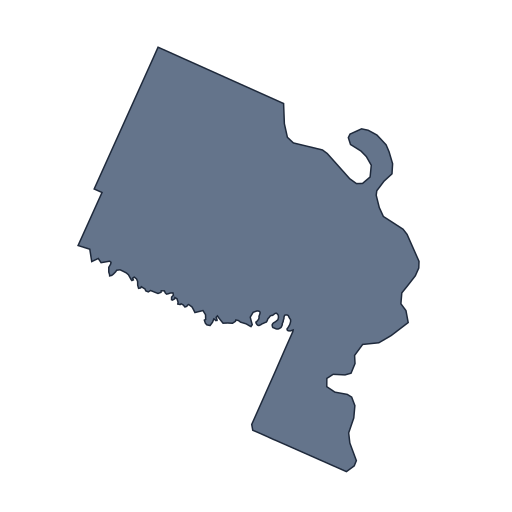 Lyman, South Dakota, United States of America (orthographic projection), rotated 24°
{"feature_id": "52423323B78517119987151", "entity_name": "Lyman", "entity_type": "district", "adm_level": 2, "iso_a3": "USA", "parent_name": "United States of America", "parent_adm1": "South Dakota", "projection": "orthographic", "projection_center": [-99.765, 43.859], "detail": "fine", "context": "isolated", "style": "filled", "palette": "slate", "viewbox_px": 512, "rotation_deg": 24, "n_neighbors": 0, "source": "geoboundaries", "source_scale": "gbopen_adm2", "svg_char_len": 3725}
<svg xmlns="http://www.w3.org/2000/svg" viewBox="0 0 512 512"><g transform="rotate(24 256 256)"><path d="M307.3,95.5L300.7,96.9L292.3,106.4L292.2,110.3L297.0,115.7L309.1,117.4L316.4,120.3L324.4,126.2L328.1,137.4L323.8,146.4L318.3,149.0L310.2,147.3L279.4,133.4L273.6,132.1L244.1,137.5L236.4,134.8L228.1,123.6L219.2,105.5L81.6,105.1L81.6,116.7L80.9,260.6L89.5,260.6L89.2,318.8L101.4,317.4L108.2,327.9L112.9,322.4L117.2,325.1L124.2,320.4L124.5,320.3L126.1,320.7L126.5,322.4L126.1,326.2L128.0,330.5L129.9,332.7L130.4,333.7L132.1,332.4L133.1,330.5L134.2,327.5L134.5,325.7L137.4,323.9L141.0,324.0L144.4,324.2L147.1,325.0L151.6,328.4L152.6,328.9L153.7,327.7L152.9,327.0L152.3,326.5L153.3,324.8L156.1,325.5L158.2,327.4L159.8,330.8L161.9,333.3L163.6,332.1L163.7,330.7L168.0,331.3L169.5,332.7L172.2,332.6L173.7,330.4L179.4,330.2L181.7,330.1L184.0,327.8L183.6,326.3L186.5,325.1L188.1,326.6L189.8,327.2L191.3,326.1L192.9,324.6L195.1,323.5L196.5,325.4L195.6,327.9L196.6,330.3L197.6,330.3L199.1,328.3L198.8,326.9L201.2,327.2L203.6,329.9L204.1,331.7L206.5,331.2L207.0,330.1L209.4,330.3L211.8,331.5L213.2,330.2L213.4,329.1L214.0,327.8L214.8,327.8L218.3,328.6L220.8,330.5L223.2,332.5L225.9,330.4L227.2,329.4L229.7,327.4L233.8,330.2L235.8,334.4L234.9,335.6L237.1,338.0L239.1,338.9L242.3,338.2L243.2,334.3L243.1,330.6L244.2,330.7L245.4,331.4L246.6,330.7L246.1,329.8L244.5,328.2L245.1,326.4L247.4,327.8L253.2,330.8L257.4,328.7L261.9,327.0L263.8,324.0L263.6,322.6L266.2,322.1L268.8,322.7L274.7,322.0L279.0,322.5L279.6,322.3L280.1,322.5L280.5,320.3L277.3,316.4L275.6,314.2L276.3,308.6L279.1,305.9L280.2,305.4L281.5,305.2L282.3,305.5L282.8,306.1L283.0,306.8L283.2,308.8L283.2,309.2L283.3,310.0L283.6,310.7L284.0,311.2L284.0,311.8L284.1,312.9L283.8,313.9L283.6,314.7L283.3,315.7L282.8,316.4L283.2,317.1L283.7,317.5L284.3,317.9L284.8,318.2L285.5,318.5L286.5,318.5L287.2,318.1L287.6,317.6L288.3,316.9L288.8,315.9L290.1,314.5L291.5,312.9L292.2,312.3L292.4,311.8L292.5,310.8L292.5,309.9L292.4,308.8L292.5,308.0L292.8,307.4L293.0,306.8L293.1,306.1L293.4,305.0L293.9,304.4L294.4,303.9L295.0,303.7L295.4,303.3L295.9,302.4L296.3,301.5L296.8,300.7L297.7,300.0L298.4,300.0L299.2,300.4L300.1,300.8L300.7,301.5L301.1,302.2L301.5,302.9L301.6,303.7L301.8,304.4L301.9,305.2L301.7,305.8L301.4,306.4L301.0,307.2L300.7,307.8L300.5,308.2L300.1,308.7L299.8,309.2L299.2,310.0L298.9,310.8L298.7,312.0L299.2,313.2L299.7,313.7L300.1,314.2L300.6,314.5L301.7,314.4L304.1,314.4L305.1,314.1L305.7,313.7L306.3,313.4L306.7,312.8L307.2,312.2L307.7,311.5L308.0,310.7L308.0,309.5L308.0,308.1L307.5,307.3L307.5,305.4L307.4,304.5L307.2,303.9L307.0,303.0L307.0,302.0L306.7,301.2L306.5,300.6L306.3,299.6L306.3,298.6L306.7,298.0L307.4,297.7L308.1,297.3L309.1,297.2L309.8,297.4L311.3,298.7L312.3,299.4L313.4,300.0L314.2,301.5L314.5,303.1L314.6,303.8L314.7,304.7L314.7,306.0L314.5,306.7L314.5,307.9L314.4,308.3L314.2,309.2L314.0,310.1L314.5,310.7L314.9,311.1L315.9,311.2L316.7,310.9L317.6,310.6L318.2,310.2L318.9,309.5L319.6,308.8L319.8,308.7L320.0,308.5L320.4,310.2L320.4,327.5L320.5,342.6L320.6,355.5L320.6,368.9L320.6,380.8L320.6,384.8L320.6,396.9L320.6,404.1L320.6,411.6L323.9,416.5L329.5,416.4L337.9,416.4L346.4,416.5L349.5,416.4L426.3,416.2L431.1,407.8L430.9,402.1L417.8,388.7L412.6,379.9L411.2,364.2L407.2,352.5L400.8,346.0L395.7,345.3L383.4,348.3L373.8,346.6L370.5,339.0L374.6,332.7L385.7,328.4L390.5,324.4L390.2,314.0L386.5,306.7L389.4,293.4L403.5,285.3L411.9,273.6L422.1,254.9L415.2,244.9L407.8,240.7L404.2,230.4L406.5,221.8L409.6,209.3L409.6,200.8L407.1,194.6L385.2,174.8L379.4,171.7L356.3,168.1L348.9,161.6L341.1,151.6L339.8,147.3L342.5,135.6L346.8,125.6L343.3,116.2L335.2,106.7L329.6,101.5L317.3,96.3L307.3,95.5Z" fill="#64748b" stroke="#1e293b" stroke-width="1.5"/></g></svg>